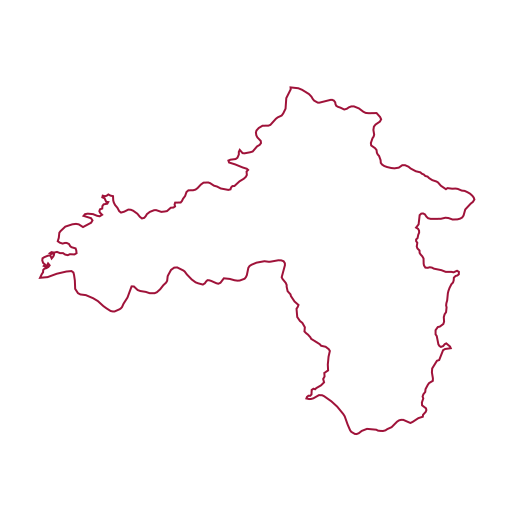 the district of Várzea da Palma, Minas Gerais, Brazil, rotated 274°
{"feature_id": "56859067B75648530569084", "entity_name": "Várzea da Palma", "entity_type": "district", "adm_level": 2, "iso_a3": "BRA", "parent_name": "Brazil", "parent_adm1": "Minas Gerais", "projection": "mercator", "projection_center": [-44.733, -17.417], "detail": "fine", "context": "isolated", "style": "outline", "palette": "rose", "viewbox_px": 512, "rotation_deg": 274, "n_neighbors": 0, "source": "geoboundaries", "source_scale": "gbopen_adm2", "svg_char_len": 6069}
<svg xmlns="http://www.w3.org/2000/svg" viewBox="0 0 512 512"><g transform="rotate(274 256 256)"><path d="M205.6,130.7L217.0,134.0L217.1,136.3L213.8,140.3L213.0,143.0L212.5,148.6L211.5,152.4L211.8,157.4L212.9,159.6L216.1,162.7L220.4,165.6L223.2,168.2L225.1,169.1L229.7,169.3L231.4,170.0L236.2,172.2L238.7,175.2L239.1,178.2L236.5,184.5L235.6,185.9L232.8,188.3L228.1,193.5L225.5,197.6L224.7,200.3L223.8,205.0L225.2,206.9L227.1,208.0L228.5,209.3L228.5,211.0L228.0,213.1L226.1,218.3L225.7,220.3L226.8,222.4L231.5,225.5L231.3,231.4L230.3,236.3L230.1,239.3L230.4,241.5L232.5,246.2L234.2,247.4L236.3,248.2L243.7,249.2L245.6,250.3L247.0,252.2L249.4,257.0L251.4,264.8L251.1,269.4L251.4,271.1L253.3,278.6L253.4,281.5L252.7,283.9L250.8,285.3L248.8,285.5L236.6,283.1L234.9,284.1L231.3,287.5L229.2,288.6L227.5,288.7L223.1,290.0L220.1,293.1L218.5,293.6L213.3,297.6L210.1,301.8L207.9,301.1L206.2,300.1L198.0,301.4L194.2,304.4L192.5,306.9L188.3,309.7L184.1,309.6L182.4,311.5L181.3,313.2L178.7,315.9L177.2,316.8L172.5,325.7L171.0,327.2L170.3,331.8L168.1,335.1L166.4,336.3L160.6,335.4L152.7,335.2L146.9,335.9L144.1,332.3L140.6,332.8L138.0,331.6L134.7,332.7L131.5,329.9L128.4,325.3L127.2,324.3L127.6,322.6L126.3,320.9L121.7,321.0L120.3,319.8L120.3,318.1L119.0,316.7L117.4,316.2L117.0,318.9L117.2,320.8L118.0,323.1L121.6,328.5L121.7,331.7L120.9,333.7L116.3,341.3L111.4,347.5L104.4,354.1L102.2,355.7L94.2,359.2L88.8,362.0L87.3,363.2L85.4,367.0L85.4,368.8L86.4,370.9L88.9,373.7L91.3,378.8L91.1,388.1L90.3,389.9L90.2,392.7L90.3,394.9L91.1,397.3L92.5,399.1L94.7,403.2L100.6,408.3L102.1,410.3L102.7,412.3L102.8,414.4L100.2,421.6L101.4,423.8L105.6,429.3L107.3,433.6L109.2,433.7L112.4,436.2L114.2,436.7L115.9,436.2L118.6,432.1L121.4,431.7L125.6,432.8L127.4,432.0L129.7,432.6L132.2,434.3L135.0,434.4L139.5,436.4L141.3,437.5L143.8,441.1L146.3,441.0L152.1,439.6L156.1,439.6L164.1,443.8L165.0,446.0L175.1,449.2L176.4,451.1L177.6,456.7L179.2,455.9L182.1,451.9L181.2,450.4L179.2,449.0L178.2,446.8L179.0,445.3L180.6,444.1L188.7,441.9L190.4,440.6L194.5,440.3L197.8,442.3L198.4,444.3L201.2,447.6L203.6,448.2L208.1,447.6L211.0,448.2L213.2,449.5L218.0,449.7L220.0,449.1L222.2,449.2L225.0,449.8L232.2,450.0L234.6,450.4L237.7,451.3L241.5,452.9L243.3,454.4L245.5,454.9L248.2,454.9L250.0,456.5L250.6,458.2L251.9,459.6L254.3,459.5L255.3,457.6L253.5,454.2L253.8,452.1L253.4,446.4L254.8,441.9L255.8,434.3L256.7,432.3L256.9,430.1L256.2,428.2L256.2,425.8L258.2,424.3L259.9,423.8L265.2,423.3L267.3,421.9L269.0,420.1L270.5,419.0L272.9,418.7L274.8,416.5L276.7,415.7L280.4,416.0L282.0,414.7L283.7,414.6L285.1,415.9L288.7,416.4L290.6,417.1L292.7,416.9L294.4,415.8L295.5,413.7L298.9,416.0L308.2,416.4L309.8,417.9L310.1,419.7L309.3,421.6L307.2,423.2L305.7,425.0L305.2,427.8L306.0,437.8L307.4,442.3L307.3,445.3L306.1,449.6L306.6,454.4L307.5,457.0L308.8,459.0L310.8,460.2L317.0,461.5L323.2,466.5L325.1,468.6L327.6,469.9L329.5,469.1L331.2,467.6L333.1,465.2L334.4,462.5L335.5,459.6L335.6,456.7L337.0,452.6L337.2,450.4L336.8,447.0L337.1,442.3L335.9,440.8L339.0,435.5L342.1,432.4L342.9,430.8L344.0,426.5L345.8,423.2L347.2,421.6L347.6,419.3L349.0,417.7L349.7,415.6L350.9,414.2L351.7,409.5L354.1,404.1L355.7,401.9L357.0,398.3L356.8,395.6L354.1,392.3L353.1,388.0L353.2,384.8L353.9,380.5L354.7,377.7L356.0,375.4L357.6,374.0L360.3,373.6L364.4,371.8L365.7,370.4L367.4,369.4L370.2,368.8L371.9,367.2L374.3,363.2L376.7,362.7L381.6,364.0L383.3,365.0L385.3,365.4L390.0,364.3L393.3,364.6L395.5,366.1L398.7,370.2L401.1,371.3L403.3,370.1L407.0,366.3L406.3,358.5L406.4,355.4L407.4,353.0L410.4,348.4L412.1,343.2L411.9,340.7L410.8,338.3L409.2,336.3L408.3,333.8L409.9,329.8L410.5,327.4L411.4,325.6L413.0,324.7L414.8,324.3L416.5,322.8L417.1,321.0L416.9,319.3L413.4,308.6L413.3,306.9L415.1,303.1L416.7,301.6L418.8,300.2L421.2,297.6L425.0,290.4L426.3,286.5L426.6,278.7L424.7,279.0L415.6,275.2L405.0,275.2L400.1,273.2L397.9,271.8L395.8,268.0L394.3,266.3L387.8,261.2L386.9,259.3L386.4,253.4L383.9,249.8L381.2,247.7L379.1,247.3L376.4,247.9L374.4,249.1L371.1,252.7L369.0,253.1L367.1,251.9L365.4,249.4L360.0,245.4L359.1,243.0L357.6,237.3L357.7,235.4L360.7,232.4L358.6,231.6L356.1,231.8L352.7,230.6L351.3,228.9L350.3,223.8L349.3,221.8L347.4,222.6L345.9,228.9L343.4,236.5L342.4,240.7L341.3,242.1L339.6,240.7L336.2,241.2L334.2,240.3L332.2,238.4L329.3,234.3L324.3,229.6L324.1,227.6L322.7,226.4L320.7,225.9L320.0,223.8L320.9,216.1L322.6,212.2L323.2,209.2L325.5,205.1L326.0,203.2L325.5,198.5L323.4,196.0L319.6,192.9L318.0,191.0L317.2,188.7L316.8,184.0L315.0,182.2L310.9,181.1L308.0,179.2L305.7,178.3L304.1,177.1L303.6,171.6L301.7,171.2L299.8,171.8L298.6,170.3L298.2,167.6L294.6,164.1L294.0,161.7L293.4,158.5L294.8,153.2L294.6,151.2L292.6,147.0L290.1,144.2L288.2,143.3L286.3,141.9L285.5,139.6L287.0,137.4L289.9,134.7L292.6,130.3L293.4,127.9L293.4,125.4L291.0,121.4L289.9,118.3L291.2,116.4L294.4,114.4L297.1,111.8L299.5,110.4L301.5,109.7L305.7,109.2L306.1,106.6L307.1,104.4L305.7,102.8L305.1,101.2L305.5,98.9L303.8,98.6L303.0,100.9L299.6,102.8L299.5,104.8L297.8,104.0L296.9,100.4L295.1,99.3L292.6,99.3L291.7,97.1L289.8,96.6L288.3,97.4L286.4,99.6L284.7,97.3L285.0,94.7L286.4,90.5L286.5,85.2L285.8,82.5L284.0,81.2L282.2,88.8L280.1,90.4L277.7,89.2L272.8,81.4L275.2,77.0L275.5,74.2L274.8,70.6L272.0,63.7L267.2,59.3L265.5,58.2L260.4,58.0L256.9,57.2L255.6,59.4L254.9,62.2L255.7,64.5L255.8,66.3L254.9,68.6L252.8,70.0L251.9,71.4L251.0,75.5L249.0,76.3L246.3,76.8L244.9,74.8L244.8,70.2L243.7,68.2L244.1,65.5L245.4,63.3L245.2,60.3L246.2,57.2L245.3,54.3L243.0,54.4L241.4,53.8L239.3,52.3L242.2,50.8L241.9,48.6L240.0,44.8L238.8,43.2L236.7,43.1L234.3,44.1L232.8,46.1L231.3,45.0L230.7,46.8L231.8,48.1L234.1,49.1L232.3,50.8L230.5,49.6L229.2,47.6L228.6,45.8L227.2,44.7L224.9,44.7L222.8,43.5L219.2,42.1L220.4,49.6L224.4,58.5L227.3,68.0L228.1,73.0L226.8,75.0L224.4,75.8L218.9,77.0L210.6,77.9L206.5,81.0L205.4,83.5L205.1,89.0L202.5,96.5L200.0,101.4L195.4,107.2L193.4,110.4L191.0,114.8L190.7,116.9L190.8,118.8L193.4,123.7L194.4,124.9L195.7,125.9L199.2,127.2L205.6,130.7ZM245.3,54.3L245.6,51.7L244.4,50.2L243.8,52.1L245.3,54.3Z" fill="none" stroke="#9f1239" stroke-width="2"/></g></svg>